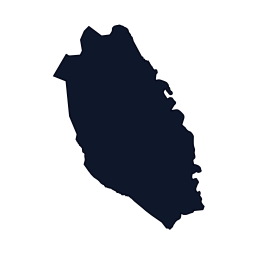 the district of La Union, Copán, Honduras, rotated 353°
{"feature_id": "27666195B95326987561994", "entity_name": "La Union", "entity_type": "district", "adm_level": 2, "iso_a3": "HND", "parent_name": "Honduras", "parent_adm1": "Copán", "projection": "robinson", "projection_center": [-88.924, 14.696], "detail": "fine", "context": "isolated", "style": "filled", "palette": "ink", "viewbox_px": 256, "rotation_deg": 353, "n_neighbors": 0, "source": "geoboundaries", "source_scale": "gbopen_adm2", "svg_char_len": 5789}
<svg xmlns="http://www.w3.org/2000/svg" viewBox="0 0 256 256"><g transform="rotate(353 128 128)"><path d="M71.7,109.1L77.0,128.0L75.3,133.0L75.6,133.5L75.8,133.9L76.1,135.1L76.2,135.3L76.6,135.6L76.8,135.9L76.9,136.2L76.9,136.7L77.0,137.0L77.6,137.5L77.8,137.7L77.9,138.1L77.8,138.6L77.9,138.9L78.1,139.2L78.7,139.7L80.1,141.7L80.4,142.3L80.5,142.7L80.4,145.8L80.5,146.2L80.6,146.3L81.2,146.8L82.0,147.5L82.1,147.8L82.3,148.3L82.3,148.7L82.3,149.1L82.0,150.2L81.9,150.9L82.0,152.8L81.9,154.7L80.3,158.7L84.3,166.2L85.0,167.2L86.0,169.1L88.3,172.2L88.7,172.6L91.7,175.2L92.4,175.9L93.5,177.3L94.4,178.8L95.2,179.7L96.1,180.4L96.7,180.9L97.0,181.0L97.4,180.9L97.6,181.1L97.8,181.4L97.9,182.1L98.8,183.6L99.5,183.7L100.4,184.0L100.6,184.2L100.9,184.5L101.1,184.6L102.8,184.9L102.9,185.0L102.9,185.3L104.4,185.5L104.5,185.6L104.6,186.0L105.0,186.5L108.6,189.0L109.0,189.6L109.2,190.1L109.4,190.4L109.6,190.5L109.8,190.5L109.9,190.4L110.0,190.2L110.4,190.2L110.6,190.3L110.8,190.5L111.2,191.0L111.7,191.4L111.9,191.5L112.2,191.4L112.3,191.4L113.3,192.3L113.7,192.5L113.8,192.7L113.8,193.1L114.0,193.3L114.3,193.4L115.5,193.4L117.2,193.6L117.4,193.7L117.5,194.2L117.8,194.7L118.1,194.5L118.5,194.6L118.9,194.5L119.1,194.6L119.3,194.9L119.3,195.1L119.9,195.2L120.2,195.0L120.4,195.0L121.3,196.2L122.0,196.7L122.5,197.5L122.8,197.7L123.2,197.9L125.7,201.1L133.2,209.0L135.7,211.8L141.4,217.4L150.4,225.4L154.1,231.7L154.9,231.9L156.0,231.8L156.2,232.0L156.8,233.0L157.0,233.2L157.3,233.2L157.6,233.1L158.9,232.0L159.5,231.6L159.9,231.3L160.2,230.8L160.5,230.1L161.1,229.2L162.2,228.1L162.8,227.2L164.3,225.9L165.1,225.3L167.5,224.4L168.2,224.0L168.5,223.7L168.8,223.3L169.2,222.3L169.8,219.7L169.9,219.2L170.0,219.0L170.4,219.1L171.2,219.4L172.3,220.1L172.9,220.4L173.5,220.5L175.7,220.6L179.5,219.7L180.4,219.5L181.1,219.5L181.6,219.4L182.1,219.1L182.5,218.8L183.0,217.7L183.4,217.6L183.8,217.8L184.1,217.7L192.2,217.9L192.5,217.6L193.1,216.2L193.6,215.4L193.7,215.0L193.6,214.9L193.2,214.4L192.4,213.2L191.6,211.4L191.3,210.7L191.4,209.9L191.5,209.1L191.6,208.7L192.0,208.2L192.1,207.8L192.2,207.5L192.1,206.9L191.8,206.1L191.5,205.6L190.9,204.5L190.6,204.0L190.7,203.4L191.2,202.3L191.5,201.5L191.5,201.2L191.4,200.5L191.2,200.1L191.0,199.9L190.9,200.0L190.6,200.2L189.5,200.4L188.9,200.4L188.6,200.2L188.3,199.9L188.0,199.2L187.6,198.5L187.5,198.2L187.5,197.7L187.5,196.7L187.8,195.9L189.6,192.4L191.1,190.4L191.1,190.2L190.8,189.2L190.4,188.7L189.8,187.2L189.6,186.8L189.3,186.7L188.2,186.7L187.2,187.0L186.1,187.3L185.7,187.3L185.6,187.1L185.5,186.6L185.1,185.4L184.9,184.7L185.6,181.9L185.9,181.4L186.3,181.1L186.9,180.8L187.8,180.7L189.4,179.8L190.2,179.3L190.4,179.2L190.7,179.3L191.9,180.2L192.6,180.4L193.6,180.3L194.6,180.0L195.0,179.7L195.2,179.4L195.1,179.1L194.9,178.4L194.8,176.7L194.5,176.0L193.9,175.2L193.0,174.3L191.2,173.3L190.4,172.9L189.0,172.6L188.7,172.5L188.6,172.3L188.5,172.0L188.3,170.4L188.2,168.4L188.2,167.8L188.3,167.5L188.6,167.1L190.3,165.8L190.5,165.4L190.7,164.7L190.7,163.7L190.4,160.9L190.6,159.8L191.1,158.2L191.2,157.2L191.1,156.5L190.8,154.9L190.6,153.1L190.6,152.5L190.7,151.1L191.0,148.5L191.5,145.0L191.6,144.3L191.5,143.7L191.1,142.7L190.7,141.8L190.2,141.0L189.8,140.4L189.4,140.0L189.0,139.6L188.1,139.2L187.6,138.9L186.9,138.3L186.3,137.8L185.8,137.1L185.3,136.4L185.1,136.0L184.8,135.3L184.6,134.9L183.5,133.7L182.4,132.5L182.0,132.0L181.8,131.6L181.7,131.0L182.0,130.2L184.0,125.9L184.5,124.6L184.7,123.5L184.6,122.5L184.4,121.9L183.9,121.1L182.8,119.6L181.3,117.8L180.3,116.9L179.6,116.4L178.8,116.1L177.9,116.0L176.1,116.1L174.7,116.2L173.9,116.1L173.1,115.9L172.8,115.8L172.7,115.6L172.7,115.2L173.0,114.7L176.0,111.0L176.2,110.7L177.1,110.1L177.8,109.4L178.1,108.8L178.1,108.5L178.0,108.2L177.7,107.6L176.8,106.7L175.3,103.9L175.1,103.7L174.2,103.4L173.3,103.2L172.9,103.3L171.8,103.8L170.9,104.1L170.5,104.1L170.2,104.0L169.9,103.6L169.3,102.1L168.0,99.6L167.4,98.0L167.2,96.8L167.2,96.4L167.5,95.9L168.0,95.0L168.6,94.4L168.9,94.0L169.3,93.8L169.6,93.7L170.0,93.8L170.3,93.9L170.5,94.2L171.1,95.6L172.3,97.5L172.9,98.5L173.5,99.4L174.2,99.8L174.6,99.9L175.3,99.8L175.7,99.5L175.9,99.2L176.0,98.8L176.0,98.4L175.9,98.1L175.5,97.3L174.6,96.5L174.2,95.8L174.0,95.1L174.0,93.6L173.7,93.0L173.5,92.8L173.2,92.6L173.1,92.4L173.0,91.8L173.0,90.5L172.9,90.1L172.7,89.6L172.0,88.4L171.6,87.8L171.2,87.5L169.8,86.6L167.5,85.4L165.8,84.6L164.9,84.3L164.3,84.2L163.7,84.2L162.3,84.3L161.9,84.3L161.4,84.1L161.2,84.0L161.0,83.8L160.9,83.3L160.9,82.7L161.9,78.4L162.0,78.1L162.5,77.5L163.5,76.6L163.5,75.5L163.4,74.6L163.3,74.2L163.2,74.0L163.0,73.9L162.6,73.8L162.4,73.8L161.7,74.2L161.3,74.2L161.0,73.9L160.6,73.2L159.6,72.1L159.3,71.3L159.3,70.9L159.3,70.7L158.9,70.1L158.3,69.3L157.5,67.5L157.2,67.2L157.0,66.0L156.5,65.4L156.4,64.9L156.2,64.4L155.9,64.6L155.6,64.6L155.4,64.4L155.1,64.0L154.1,63.5L153.7,63.5L153.1,63.7L152.8,63.6L152.6,63.5L152.5,63.4L152.7,62.5L152.7,62.2L152.3,61.8L151.9,61.6L151.1,61.4L150.9,61.3L150.9,61.0L151.2,60.3L151.1,59.8L151.0,59.6L150.8,59.5L150.0,59.3L143.5,42.6L143.4,41.7L143.0,39.1L142.9,38.6L142.7,38.3L141.9,37.4L141.6,37.1L141.6,36.9L141.7,36.4L141.6,35.8L141.5,35.6L141.2,35.4L141.1,34.8L140.4,33.7L140.0,33.1L139.9,32.0L139.8,31.1L139.7,30.7L139.0,29.5L138.6,29.1L137.8,28.5L136.2,27.6L135.2,26.6L134.8,26.4L133.8,26.1L132.9,25.5L132.4,25.2L132.0,25.1L131.5,25.1L131.2,25.1L130.5,25.3L129.4,25.2L127.9,25.4L127.2,25.5L126.5,25.8L125.9,26.3L125.4,26.7L125.1,27.1L124.9,27.5L124.8,28.0L124.8,28.7L124.7,29.1L124.1,30.5L123.7,31.0L123.1,31.8L122.2,32.8L121.3,33.7L112.8,33.7L101.5,22.8L96.6,26.7L91.9,34.7L92.4,45.8L89.6,50.1L78.3,49.6L78.1,49.3L77.9,49.2L77.6,49.2L77.2,49.3L76.9,49.3L76.7,49.0L76.6,48.3L75.7,47.7L60.8,67.2L72.5,73.6L71.7,109.1Z" fill="#0f172a" stroke="#020617" stroke-width="1.5"/></g></svg>